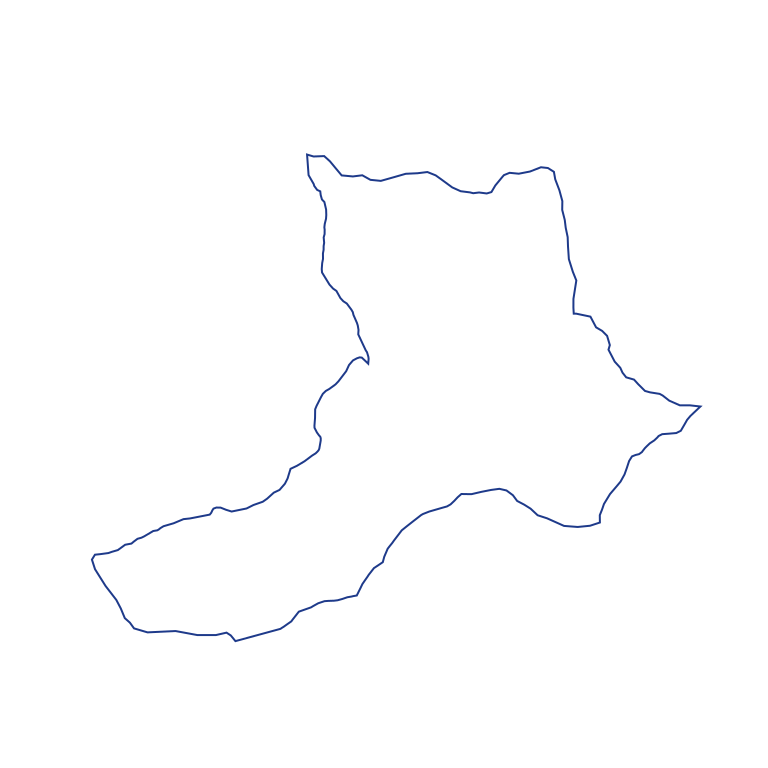 Genye, Thimphu, Bhutan (Mercator projection), rotated 173°
{"feature_id": "84629894B67329763670216", "entity_name": "Genye", "entity_type": "district", "adm_level": 2, "iso_a3": "BTN", "parent_name": "Bhutan", "parent_adm1": "Thimphu", "projection": "mercator", "projection_center": [89.615, 27.302], "detail": "fine", "context": "isolated", "style": "outline", "palette": "blue", "viewbox_px": 768, "rotation_deg": 173, "n_neighbors": 0, "source": "geoboundaries", "source_scale": "gbopen_adm2", "svg_char_len": 3626}
<svg xmlns="http://www.w3.org/2000/svg" viewBox="0 0 768 768"><g transform="rotate(173 384 384)"><path d="M432.4,621.1L433.4,600.5L429.4,591.0L429.1,589.1L426.7,584.8L423.8,583.0L423.8,579.2L423.1,574.7L421.0,571.9L420.2,564.2L420.7,558.7L421.4,555.1L423.3,550.1L424.1,546.8L424.1,544.4L424.7,540.0L426.0,536.9L426.2,531.4L427.1,528.3L427.6,524.5L428.7,521.0L429.3,515.6L430.6,511.6L431.8,505.6L431.9,502.2L426.0,489.3L422.9,484.9L419.9,482.2L416.8,474.6L414.3,471.1L411.1,468.4L407.3,461.7L406.2,459.1L405.9,456.3L403.4,447.9L402.9,445.2L402.7,440.8L403.5,436.4L400.4,426.9L398.0,419.6L397.0,417.6L396.2,412.9L396.2,410.9L397.2,406.1L399.9,409.4L402.8,412.9L404.9,413.4L407.8,412.8L411.9,411.2L416.4,407.1L420.0,401.3L428.9,392.2L432.2,389.5L439.0,385.7L442.6,384.2L445.9,381.7L448.1,378.7L453.6,370.5L455.4,367.3L456.6,358.6L458.1,351.2L458.3,349.0L456.5,344.1L454.7,340.8L453.7,339.5L453.4,337.9L453.7,335.6L456.1,327.7L457.0,326.2L458.3,325.0L460.3,323.5L464.1,321.7L472.3,317.0L480.4,313.4L487.1,311.2L489.4,306.1L491.2,302.0L494.5,297.1L500.6,291.6L506.6,289.6L514.0,284.4L518.7,281.9L528.3,279.8L535.6,277.2L550.8,276.0L556.1,278.4L561.2,281.2L565.4,281.8L568.4,281.1L569.7,279.6L571.2,277.2L572.9,275.6L587.1,274.6L593.0,274.2L599.5,274.3L609.8,271.4L620.2,269.7L623.5,268.2L625.2,267.1L626.8,266.4L631.0,266.2L640.6,262.0L643.5,261.0L647.5,260.4L651.5,258.1L654.1,256.4L660.5,256.0L668.4,251.6L674.5,250.6L678.1,249.8L686.5,249.7L691.7,249.8L695.3,245.3L693.4,235.4L685.0,217.5L676.0,202.3L672.6,193.3L669.8,183.2L665.3,178.1L661.9,171.9L649.0,166.3L621.0,164.2L599.7,157.5L581.3,155.3L570.6,156.4L566.7,153.1L562.8,146.9L516.6,153.6L515.1,154.4L513.3,155.2L509.8,157.1L504.9,159.7L503.7,161.0L498.3,166.4L496.3,168.4L491.8,169.4L483.6,171.2L481.4,172.2L476.0,174.4L469.5,175.7L465.6,175.5L459.9,175.0L456.4,175.0L451.6,175.7L446.4,176.8L442.1,177.0L440.5,177.2L436.8,177.4L432.1,184.5L429.8,188.1L426.7,191.6L423.9,194.7L422.4,196.5L417.8,201.1L416.4,202.5L410.2,205.6L406.9,207.3L404.8,212.5L400.4,220.1L398.1,222.4L395.2,225.2L393.3,227.3L384.2,236.6L378.9,239.9L371.3,244.5L368.6,246.1L363.1,249.4L361.2,250.2L354.6,251.9L345.3,253.4L341.6,254.0L336.4,254.8L332.6,256.4L328.4,259.5L327.1,260.6L324.7,262.6L320.6,265.4L317.9,265.0L310.6,264.0L300.3,265.1L290.6,265.8L282.3,265.9L275.4,263.4L269.6,257.9L266.1,251.7L259.6,247.2L253.7,242.4L247.5,235.0L238.5,230.8L222.6,221.2L209.2,218.5L196.8,218.2L186.6,220.2L185.8,227.5L183.0,232.6L182.1,234.4L180.3,238.1L173.1,247.2L165.9,253.8L161.1,258.3L156.3,264.9L153.2,271.1L150.1,277.7L146.7,281.9L142.9,282.9L139.4,283.3L136.3,285.0L135.0,286.4L132.9,288.5L130.9,290.1L127.4,292.7L122.6,295.1L119.2,297.6L117.8,298.9L114.0,300.3L107.8,300.0L99.9,299.7L95.1,301.4L90.6,307.3L87.5,311.5L83.7,315.0L72.7,323.1L83.2,325.6L93.0,326.8L102.9,332.7L108.8,338.6L111.6,340.6L121.0,343.3L125.8,345.3L131.7,352.8L135.3,357.9L142.8,361.1L145.9,366.2L147.5,371.3L152.3,378.1L157.0,390.7L155.1,395.1L156.7,404.6L161.0,410.1L166.6,414.4L170.9,425.7L180.0,428.8L184.7,430.4L187.1,430.7L186.7,436.7L185.6,445.4L180.5,463.3L182.9,472.4L185.3,485.4L184.6,498.1L183.8,507.4L184.6,516.9L184.6,524.8L185.9,535.1L184.7,543.8L186.3,554.9L189.1,566.3L189.5,573.9L195.0,578.4L201.8,580.0L213.2,577.1L224.6,576.3L233.6,578.3L239.5,576.7L241.3,575.1L249.3,567.5L254.0,561.4L258.8,560.6L266.3,562.5L272.2,562.5L275.3,563.7L284.4,566.0L292.3,570.8L302.5,580.4L307.3,584.8L315.1,589.1L325.0,589.1L336.8,590.0L349.4,588.0L362.4,586.0L372.6,588.3L380.1,593.8L389.6,593.8L400.6,596.2L405.7,604.1L410.5,611.6L415.6,617.5L426.2,618.4L432.4,621.1Z" fill="none" stroke="#1e3a8a" stroke-width="2"/></g></svg>